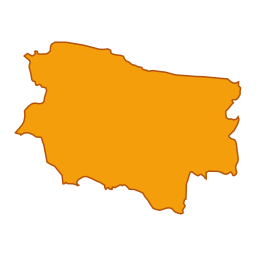 SVG path tracing the border of Jawa Barat, rotated 180°
{"feature_id": "IDN-1223", "entity_name": "Jawa Barat", "entity_type": "Province", "adm_level": 1, "iso_a3": "IDN", "parent_name": "Indonesia", "parent_adm1": "", "projection": "orthographic", "projection_center": [107.637, -6.866], "detail": "fine", "context": "isolated", "style": "filled", "palette": "amber", "viewbox_px": 256, "rotation_deg": 180, "n_neighbors": 0, "source": "natural_earth", "source_scale": "10m", "svg_char_len": 3414}
<svg xmlns="http://www.w3.org/2000/svg" viewBox="0 0 256 256"><g transform="rotate(180 128 128)"><path d="M70.0,57.1L70.4,57.0L71.5,56.5L71.8,54.7L72.3,53.6L72.4,52.5L71.5,51.2L70.9,50.2L71.4,48.9L73.3,46.2L72.9,43.1L75.0,42.2L78.2,42.9L81.3,44.3L82.3,45.3L83.2,46.5L84.5,47.5L86.2,48.1L87.8,48.1L89.4,47.9L96.2,45.8L99.7,46.5L102.8,47.7L105.0,50.7L108.0,55.6L111.0,59.3L113.2,63.0L116.8,64.7L121.5,66.5L126.7,66.8L129.7,70.2L131.8,71.3L133.7,70.3L135.1,71.1L136.6,70.8L137.8,70.0L139.8,69.1L140.3,68.6L141.2,68.4L142.1,68.6L143.0,69.0L143.6,68.9L143.9,68.1L143.7,67.0L145.0,66.6L147.0,67.2L147.1,68.4L148.4,68.5L149.7,67.1L150.3,66.7L151.3,68.8L151.3,70.7L155.9,73.6L159.8,75.2L165.0,77.8L167.2,78.6L169.0,79.4L170.7,79.4L172.2,79.3L173.3,79.0L174.8,78.0L177.0,76.7L177.4,76.5L178.1,75.8L178.8,74.8L179.1,73.6L179.0,72.4L178.4,71.6L177.3,70.8L178.4,70.4L180.0,71.4L182.9,72.2L188.4,72.4L190.4,73.5L191.0,72.5L192.9,72.1L193.3,74.5L193.9,80.6L201.4,89.8L203.1,90.7L204.3,91.1L208.9,93.8L212.0,110.3L214.7,118.6L219.9,119.1L223.7,121.7L227.6,123.2L231.4,123.1L235.3,121.0L236.0,121.9L237.4,122.3L238.9,122.6L240.2,122.9L240.6,123.4L240.4,123.5L234.2,130.7L232.2,134.2L231.8,135.7L231.1,140.1L231.2,142.8L231.5,144.4L231.1,145.6L230.4,146.7L229.3,147.6L228.2,149.0L227.0,150.1L224.7,151.8L223.8,152.3L222.7,152.7L220.4,152.8L217.0,152.3L215.4,152.4L213.8,152.9L212.7,153.7L212.0,154.8L211.7,156.2L211.6,158.2L209.4,165.2L210.0,168.0L212.3,168.6L214.4,169.2L215.1,170.6L215.6,171.2L216.5,171.5L218.6,170.8L219.7,170.8L220.2,171.1L220.5,172.3L220.9,174.3L221.5,174.6L222.4,174.9L223.5,175.3L223.9,176.0L224.2,176.7L224.5,178.1L225.0,181.9L226.7,188.4L226.8,189.8L226.7,190.9L226.2,192.4L226.0,193.3L226.0,194.6L226.3,195.3L226.7,195.7L231.8,200.0L230.9,200.8L228.5,202.5L226.2,201.2L225.6,201.0L225.0,200.5L224.2,200.1L223.4,200.1L222.3,200.7L221.4,201.6L220.6,202.3L221.2,204.1L221.0,204.9L220.6,205.0L218.7,204.6L218.2,202.5L217.6,202.1L216.4,201.9L210.5,202.0L208.7,202.4L205.8,204.9L205.5,208.9L204.7,211.5L201.0,213.8L189.7,213.7L172.8,210.9L156.4,206.7L152.0,206.6L148.4,207.1L145.3,205.7L145.2,203.1L143.3,201.9L140.8,201.3L135.0,200.5L132.5,199.6L131.8,197.6L130.2,195.3L127.1,193.9L124.0,191.4L120.8,190.6L118.4,189.4L114.2,188.5L113.2,186.6L111.6,186.2L109.8,185.6L109.3,185.8L108.7,185.5L107.9,184.7L103.5,185.4L97.8,184.7L93.2,184.1L90.1,183.7L87.3,182.9L84.2,182.1L80.8,181.1L59.7,179.5L52.5,179.3L36.2,177.7L28.5,177.1L24.8,174.0L22.9,173.1L20.6,172.7L18.2,173.9L17.4,174.2L17.5,172.6L17.5,170.3L15.4,168.1L16.0,164.3L15.8,162.4L16.3,160.9L17.4,158.9L18.9,157.0L20.4,156.2L22.0,156.3L23.5,156.0L24.0,155.1L22.6,153.2L24.2,151.7L27.7,147.3L30.1,145.0L30.2,141.6L29.7,138.6L27.4,136.8L24.8,137.1L22.1,136.1L19.6,136.8L17.9,139.3L17.5,138.2L17.2,137.2L17.2,135.9L17.7,133.9L18.6,131.5L22.0,125.4L26.9,120.6L27.1,119.2L25.4,117.7L24.2,117.1L21.4,116.2L20.6,114.9L19.8,112.8L17.8,97.3L18.2,94.4L19.5,91.8L20.4,89.6L20.2,87.2L19.7,85.0L19.2,83.4L20.1,81.6L21.3,80.8L22.0,80.4L22.9,80.5L23.5,81.2L23.9,82.4L24.5,83.6L25.4,83.9L26.5,83.4L27.7,82.5L29.1,81.9L31.7,82.0L33.5,82.8L35.3,83.9L38.0,84.6L47.7,84.8L50.1,83.3L49.8,81.9L49.8,77.1L51.1,77.9L51.3,78.5L51.8,79.3L52.4,79.9L53.4,80.6L54.4,81.5L55.3,81.6L56.2,81.3L58.0,80.2L60.7,81.6L64.2,84.3L65.8,83.6L66.8,81.1L68.5,75.0L69.2,73.6L69.5,72.4L69.7,71.1L69.7,68.0L69.9,63.1L70.1,57.3L70.0,57.1Z" fill="#f59e0b" stroke="#b45309" stroke-width="1.5"/></g></svg>